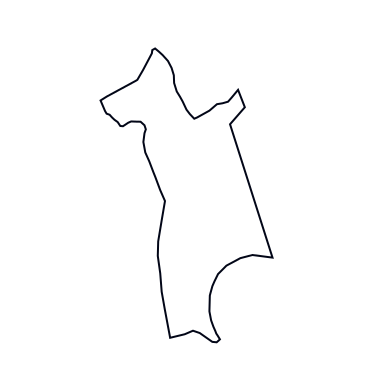 the district of Batha Ouest, Batha, Chad, rotated 151°
{"feature_id": "50815135B78939282341988", "entity_name": "Batha Ouest", "entity_type": "district", "adm_level": 2, "iso_a3": "TCD", "parent_name": "Chad", "parent_adm1": "Batha", "projection": "natural_earth1", "projection_center": [18.7, 14.28], "detail": "fine", "context": "isolated", "style": "outline", "palette": "ink", "viewbox_px": 384, "rotation_deg": 151, "n_neighbors": 0, "source": "geoboundaries", "source_scale": "gbopen_adm2", "svg_char_len": 1154}
<svg xmlns="http://www.w3.org/2000/svg" viewBox="0 0 384 384"><g transform="rotate(151 192 192)"><path d="M281.8,75.1L267.3,71.1L258.4,70.2L253.6,64.9L246.9,51.1L243.3,48.6L240.9,49.1L239.0,49.6L239.2,54.2L239.4,56.4L239.0,59.1L238.6,63.7L237.5,70.5L234.7,79.0L233.9,80.4L226.6,92.8L224.7,94.8L219.8,99.8L215.6,103.0L209.0,107.6L197.6,110.9L181.8,110.7L169.7,107.6L153.4,95.6L125.9,232.8L104.7,240.5L102.2,259.0L111.4,255.4L116.7,253.5L122.3,254.8L127.6,256.7L137.3,254.7L151.4,254.7L154.5,255.0L156.1,261.2L156.9,266.7L156.3,275.7L156.3,281.1L156.6,287.3L154.8,296.0L151.3,302.9L149.7,310.4L149.5,318.2L151.3,326.0L152.9,330.8L154.7,335.4L154.8,335.4L157.9,335.4L159.9,332.7L175.7,322.4L185.4,316.6L187.2,316.5L220.0,316.8L227.6,316.4L228.8,304.9L228.7,301.9L226.6,299.5L225.8,296.0L224.8,292.8L223.1,289.2L222.7,284.5L220.5,283.0L217.7,283.2L214.2,283.5L211.0,283.2L206.2,280.3L202.9,278.4L201.2,273.4L202.0,269.2L205.0,266.5L210.3,259.3L213.7,249.2L214.5,239.6L216.2,227.8L216.8,223.0L218.9,209.0L220.0,197.2L231.7,182.6L245.5,165.2L252.9,152.7L259.2,136.3L266.9,119.4L272.7,102.5L281.8,75.1Z" fill="none" stroke="#020617" stroke-width="2"/></g></svg>